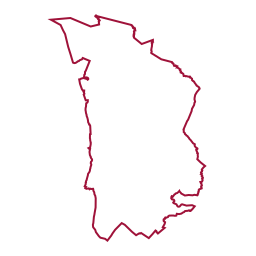 "Nordre Land" nor, Oppland, Norway (Albers equal-area conic projection)
{"feature_id": "86288312B61487149869578", "entity_name": "\"Nordre Land\" nor", "entity_type": "district", "adm_level": 2, "iso_a3": "NOR", "parent_name": "Norway", "parent_adm1": "Oppland", "projection": "albers", "projection_center": [10.023, 60.946], "detail": "fine", "context": "isolated", "style": "outline", "palette": "rose", "viewbox_px": 256, "rotation_deg": 0, "n_neighbors": 0, "source": "geoboundaries", "source_scale": "gbopen_adm2", "svg_char_len": 5717}
<svg xmlns="http://www.w3.org/2000/svg" viewBox="0 0 256 256"><path d="M199.6,88.5L199.2,88.3L199.2,87.6L198.7,87.0L196.7,85.7L196.5,85.1L196.0,84.8L195.6,84.0L194.5,82.6L194.2,81.8L193.8,81.6L193.5,81.1L192.8,80.9L192.0,80.0L192.1,79.5L192.0,78.7L190.9,77.9L190.2,76.9L189.8,77.2L189.5,76.6L188.5,76.7L186.3,76.1L185.7,76.3L185.1,75.9L183.7,76.0L183.3,73.9L181.7,72.7L181.5,72.9L180.7,72.5L181.0,71.6L180.4,71.0L180.4,70.4L179.9,70.4L179.8,70.2L179.7,69.7L179.9,69.7L179.7,69.4L179.9,69.2L179.4,69.0L179.2,68.6L178.0,68.0L177.6,67.6L177.7,67.3L177.3,66.7L177.0,66.9L177.1,66.5L176.6,66.6L176.5,66.0L176.0,65.9L175.7,65.5L175.2,65.9L174.8,65.7L174.2,65.9L173.9,65.4L173.9,65.0L173.7,64.7L173.2,63.8L173.3,63.6L172.5,63.2L172.5,62.8L172.1,62.7L172.0,62.1L161.3,59.3L151.3,53.1L151.2,52.6L151.7,51.7L151.5,50.7L151.2,50.2L151.4,49.6L151.3,49.4L152.0,45.9L151.9,45.3L152.1,44.6L152.0,44.2L152.2,43.8L151.6,42.9L151.7,42.7L152.3,42.7L152.3,42.2L153.0,41.9L152.7,41.0L152.9,40.6L152.9,39.9L141.7,44.0L134.0,37.7L133.5,36.1L133.7,35.8L133.6,35.3L133.7,35.1L133.9,35.2L133.8,35.7L134.0,35.9L134.0,35.0L134.3,34.2L134.3,33.9L133.9,34.4L133.7,34.2L134.1,33.1L134.1,32.5L133.9,31.7L134.1,31.0L134.6,30.5L134.5,30.3L134.6,29.2L134.9,29.3L134.9,30.0L134.7,30.3L135.3,30.3L135.0,28.9L134.5,28.4L134.7,28.2L135.0,28.8L135.0,28.4L134.7,28.0L133.7,28.3L133.2,28.1L132.8,27.5L132.8,27.1L133.0,27.1L133.0,27.6L133.3,27.6L133.2,27.0L132.1,26.0L132.2,25.8L131.5,25.4L131.5,25.0L97.2,16.2L96.0,15.4L95.4,15.9L95.3,16.3L98.0,18.4L98.0,18.7L98.4,18.7L98.2,19.1L98.4,19.4L99.5,20.1L99.7,20.5L98.8,21.1L98.7,21.4L99.0,22.3L98.9,22.6L98.9,23.6L99.1,23.9L99.1,24.5L90.7,26.5L70.4,18.0L50.9,19.7L60.6,25.0L63.0,30.2L65.1,34.1L68.2,46.9L70.6,54.5L73.0,62.6L74.2,63.1L75.6,62.9L77.3,61.8L77.6,61.4L78.8,61.1L79.7,60.2L82.0,59.3L82.7,58.0L89.7,60.9L85.8,70.7L85.0,71.9L85.0,72.7L84.9,73.4L85.0,73.8L84.9,74.2L84.2,75.0L84.3,76.0L84.1,76.4L84.1,76.6L84.0,76.9L84.6,77.4L85.5,77.6L86.6,77.4L87.0,77.7L87.5,77.7L88.1,78.2L88.3,78.9L88.2,79.3L87.6,79.7L87.1,79.1L83.4,78.0L80.9,78.7L80.4,79.2L79.2,79.4L80.0,83.8L81.9,89.2L82.9,90.6L83.2,90.4L84.2,90.5L84.1,91.7L83.5,91.6L84.4,93.8L83.7,94.5L85.7,100.3L87.8,100.2L87.8,101.7L87.3,102.6L86.2,103.3L86.0,106.6L85.6,108.0L85.5,110.1L85.7,110.9L86.0,113.1L86.6,115.0L86.6,115.8L87.4,117.9L87.9,120.0L88.2,122.4L88.8,123.4L89.1,124.5L89.6,124.5L90.2,125.8L90.6,133.8L90.1,133.7L90.0,133.4L89.9,138.3L90.1,138.8L90.2,140.4L90.8,142.8L90.6,143.0L90.7,143.5L90.7,144.4L90.1,147.4L88.5,148.1L89.1,148.7L89.3,148.5L90.1,148.8L89.5,151.9L89.9,155.1L90.8,156.9L90.7,157.2L91.1,158.1L92.0,159.3L92.1,160.1L91.7,161.1L91.0,161.8L90.8,162.6L90.9,163.0L90.8,163.6L91.2,164.2L91.3,164.8L90.5,167.2L90.4,168.2L90.0,169.4L89.9,170.6L89.5,171.8L88.0,174.0L87.9,175.2L86.8,179.1L86.7,179.9L86.3,180.5L85.9,181.8L86.0,182.5L85.7,182.7L85.7,184.2L84.7,186.3L86.0,186.9L85.4,187.6L85.2,188.1L86.4,188.8L88.7,188.4L89.5,189.3L90.3,188.7L91.2,189.0L93.1,188.8L93.3,189.4L93.3,190.1L93.5,191.0L94.2,192.2L94.5,194.4L95.2,195.6L95.7,198.2L95.6,207.5L94.6,213.2L94.4,214.6L93.9,216.8L93.3,223.2L92.9,224.6L93.0,226.1L93.2,227.3L95.2,229.8L95.9,232.1L98.9,236.2L100.4,237.7L105.1,238.8L107.4,240.6L111.3,235.5L112.4,233.6L115.1,229.8L121.7,223.1L124.8,224.8L132.0,231.8L136.1,235.2L139.3,233.3L140.0,233.6L141.1,233.0L148.8,238.1L152.6,234.0L155.5,230.5L156.3,231.0L156.6,231.8L156.6,232.2L156.7,232.4L157.5,232.7L157.6,233.2L157.9,233.5L164.6,227.9L162.8,227.2L164.7,223.8L165.1,222.2L164.1,221.3L163.9,221.3L163.6,220.8L163.8,220.2L163.6,219.7L163.7,219.3L164.3,218.9L165.1,217.8L165.4,218.3L165.7,217.9L168.0,217.0L168.3,216.2L169.3,215.6L173.1,215.5L175.0,215.8L176.3,215.6L176.8,213.8L179.1,214.1L181.4,213.6L182.8,212.6L184.2,212.0L184.8,211.2L185.5,211.0L187.9,210.8L188.7,210.4L189.5,210.4L189.9,211.0L190.4,211.0L191.1,210.5L191.5,210.0L191.4,209.9L191.5,209.7L192.1,209.5L194.7,206.3L192.1,205.2L186.5,205.6L182.1,204.3L181.3,204.6L179.6,206.5L178.7,206.7L178.0,206.6L177.4,206.1L176.5,204.4L176.2,204.2L173.6,203.1L173.2,202.6L173.3,202.4L174.4,201.0L174.1,200.1L173.6,199.6L172.2,199.5L171.8,199.2L171.2,198.1L172.1,197.4L171.5,196.6L171.8,196.1L172.6,196.4L173.1,196.3L174.4,194.5L175.2,194.1L175.6,193.5L177.2,193.0L178.2,192.2L179.3,191.0L179.4,191.4L180.8,192.8L181.2,193.5L184.9,195.5L188.7,195.0L192.6,195.3L194.4,194.8L197.4,195.3L197.6,195.0L197.4,194.5L197.5,194.3L198.1,193.8L198.0,193.3L198.4,192.5L198.3,192.2L198.5,192.0L198.4,191.6L198.9,190.9L198.7,190.5L198.7,190.0L199.2,189.3L201.7,188.4L201.7,188.1L201.3,187.8L201.1,187.0L201.4,186.8L201.3,186.2L201.8,185.6L201.9,185.3L201.5,184.9L201.6,184.1L201.2,183.4L200.9,183.2L200.4,182.0L201.8,181.8L202.2,181.3L202.6,180.2L202.3,179.8L202.4,179.2L202.2,178.7L202.7,178.5L202.9,177.7L202.0,176.7L202.3,176.5L202.3,175.9L201.9,175.6L201.9,175.3L201.7,175.2L201.7,174.2L201.3,174.1L201.7,173.7L201.2,173.3L200.9,172.7L201.0,172.3L201.4,172.2L202.0,171.5L202.0,170.8L202.3,170.4L202.1,169.9L201.8,169.7L202.0,169.2L203.5,167.4L205.1,166.0L200.7,162.5L197.3,159.2L197.5,158.4L197.9,156.7L197.7,155.0L197.9,153.4L197.2,153.1L197.3,152.6L197.1,152.2L197.1,151.9L196.7,151.3L196.7,150.9L196.5,150.6L196.2,150.0L196.2,149.7L197.3,149.1L197.5,148.8L197.3,148.3L195.9,147.5L194.8,146.1L194.6,145.1L194.8,144.7L194.8,144.2L193.1,143.3L190.5,139.9L189.7,139.2L189.1,138.4L189.0,138.0L188.0,136.9L187.5,136.1L186.4,135.5L186.1,134.9L185.1,134.2L184.9,133.8L184.9,133.5L184.9,133.2L183.7,132.0L183.8,131.0L183.5,129.7L183.8,129.4L183.7,129.0L184.1,128.1L187.1,121.1L188.1,119.7L191.6,111.1L192.0,108.8L194.1,105.0L194.5,102.7L195.0,102.0L195.1,101.6L194.5,99.4L194.6,97.8L195.2,94.9L196.9,92.0L199.6,88.8L199.6,88.5Z" fill="none" stroke="#9f1239" stroke-width="2"/></svg>